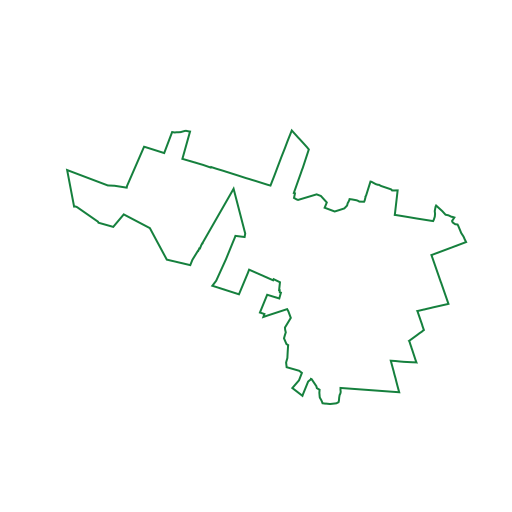 outline of Mocochá, Yucatán, Mexico, rotated 282°
{"feature_id": "50627088B81150073591621", "entity_name": "Mocochá", "entity_type": "district", "adm_level": 2, "iso_a3": "MEX", "parent_name": "Mexico", "parent_adm1": "Yucatán", "projection": "orthographic", "projection_center": [-89.453, 21.144], "detail": "fine", "context": "isolated", "style": "outline", "palette": "green", "viewbox_px": 512, "rotation_deg": 282, "n_neighbors": 0, "source": "geoboundaries", "source_scale": "gbopen_adm2", "svg_char_len": 4167}
<svg xmlns="http://www.w3.org/2000/svg" viewBox="0 0 512 512"><g transform="rotate(282 256 256)"><path d="M334.9,442.0L335.1,440.1L335.0,439.0L335.8,435.8L335.8,432.8L338.6,428.9L338.9,428.4L342.8,421.7L342.4,421.6L341.7,421.4L337.1,421.5L334.4,422.4L331.6,422.7L328.8,422.4L328.7,422.4L327.0,422.0L326.8,419.1L326.8,418.7L326.1,405.5L325.7,395.9L325.3,387.3L325.1,383.6L325.0,383.4L325.0,383.2L327.6,383.0L349.6,380.9L348.4,375.5L349.1,374.6L349.3,374.1L350.5,363.7L351.2,361.4L351.0,360.4L351.1,359.3L351.2,358.2L352.6,353.5L352.6,352.5L337.8,351.1L336.9,350.7L336.1,350.9L334.6,350.8L333.3,350.8L331.6,350.5L331.4,349.8L331.3,349.1L330.7,345.8L331.0,344.8L331.3,343.8L331.4,342.6L331.4,342.3L331.3,338.2L331.1,335.7L329.8,335.6L328.7,335.3L328.2,335.2L327.9,335.1L327.4,334.9L327.0,334.8L326.5,334.7L324.3,334.6L322.5,333.5L320.9,332.5L317.9,327.3L315.9,323.7L317.5,313.1L321.8,313.9L323.1,314.1L328.2,307.0L328.9,302.5L323.2,292.1L319.6,285.5L319.8,283.9L320.7,281.1L325.4,281.1L325.5,279.9L336.2,281.3L345.9,282.6L349.2,283.0L350.6,283.2L351.6,283.4L371.2,285.5L373.0,283.3L375.9,279.3L379.9,273.7L380.4,272.9L386.2,264.9L376.9,263.3L374.5,262.9L367.2,261.8L358.4,260.3L351.2,259.2L346.7,258.5L342.6,257.9L337.4,257.1L335.0,256.7L332.7,256.3L330.2,255.9L327.9,255.5L328.1,252.4L329.1,242.1L329.3,240.2L329.6,236.3L329.9,233.3L330.1,230.2L330.7,224.5L331.0,221.7L331.5,216.5L332.0,211.6L332.2,209.4L332.5,206.6L332.7,204.2L332.9,201.6L333.1,199.1L333.5,195.4L333.6,194.3L333.7,193.6L333.1,193.4L333.3,191.6L334.1,185.3L334.3,182.5L334.5,180.0L334.6,178.8L335.7,163.8L364.0,165.6L363.9,164.1L363.9,161.5L363.5,160.3L361.5,156.5L361.0,154.7L360.5,152.5L359.9,150.8L359.8,148.2L337.6,144.8L338.7,133.7L339.5,125.4L339.6,123.8L297.8,115.3L296.0,115.3L296.0,114.5L295.9,114.4L295.9,114.0L295.3,103.0L294.2,96.4L300.8,53.4L266.5,67.8L266.9,69.2L266.6,70.8L256.7,94.3L255.8,95.0L254.8,110.3L269.2,118.0L269.1,118.3L261.2,146.4L248.3,157.3L248.2,157.4L233.9,169.5L233.4,193.6L239.1,194.6L248.9,198.1L248.9,198.4L251.7,199.0L251.7,199.6L255.1,200.2L257.0,200.7L257.0,201.0L257.5,201.2L257.9,201.1L317.1,220.1L275.7,240.8L272.2,240.9L271.4,231.7L268.7,231.3L265.6,230.7L246.6,227.3L244.8,226.9L223.5,222.2L217.8,219.5L215.0,247.3L237.9,251.6L241.2,252.1L235.8,277.8L237.0,278.1L235.3,284.9L227.4,285.7L227.4,286.3L226.8,286.3L225.5,286.8L225.3,288.0L219.3,287.6L220.4,275.0L204.9,272.2L201.5,271.6L201.0,276.3L197.9,275.9L200.3,279.9L210.5,297.5L208.7,299.1L202.7,302.9L197.5,301.1L192.9,299.5L192.1,299.2L190.0,299.8L187.5,301.0L184.5,300.7L181.3,300.5L176.2,304.1L175.5,306.0L174.4,306.1L167.7,307.1L162.7,307.9L159.9,307.7L158.0,307.6L153.6,309.1L153.1,316.6L152.7,322.1L151.2,325.2L143.3,323.9L134.4,319.0L128.9,330.5L131.1,330.8L136.1,331.7L144.0,333.1L145.3,334.1L146.7,335.3L147.2,335.3L147.1,336.0L141.2,342.1L139.4,343.0L138.4,346.0L135.4,346.4L131.1,347.7L130.5,348.1L128.7,349.7L127.4,350.7L125.8,351.7L126.0,354.5L126.2,355.3L126.6,359.2L126.9,360.1L127.7,362.5L128.6,365.2L130.1,367.1L131.7,367.2L134.8,366.8L137.4,366.7L139.0,367.1L140.7,367.1L142.5,366.5L144.5,366.1L152.5,424.4L154.4,423.4L158.3,421.4L160.5,420.3L162.7,419.2L165.0,418.1L167.1,417.0L168.8,416.1L170.4,415.3L172.1,414.5L173.2,413.9L181.6,409.6L182.3,414.5L182.7,418.5L183.2,422.5L184.5,430.6L185.2,434.6L185.3,434.7L185.3,435.0L187.9,433.4L197.2,428.0L198.8,427.0L199.5,426.7L199.9,426.4L200.4,426.1L200.9,425.8L201.6,425.4L202.2,425.0L202.7,424.8L203.0,424.6L203.5,424.3L204.0,424.0L204.6,423.7L204.8,423.4L211.8,429.7L214.7,432.2L216.2,433.7L216.7,434.1L217.0,434.4L217.4,434.6L218.5,435.6L220.3,434.5L221.3,433.9L222.1,433.4L222.9,433.0L223.8,432.5L226.9,430.6L228.6,429.6L229.1,429.3L233.9,426.4L235.5,425.5L235.7,425.3L237.2,428.5L238.3,430.8L238.5,431.2L238.6,431.6L239.8,434.0L241.6,437.9L242.4,439.5L244.1,443.2L245.2,445.6L247.0,449.5L248.5,452.8L249.2,454.2L260.6,447.3L268.4,442.6L269.1,442.1L279.2,436.0L280.2,435.4L285.5,432.2L293.1,427.6L293.4,427.4L299.1,436.4L313.3,458.6L316.6,456.0L316.9,455.9L318.3,454.8L320.5,452.6L321.2,451.9L323.0,450.7L327.5,447.6L328.7,446.6L328.5,444.2L329.7,441.4L331.0,440.5L334.9,442.0Z" fill="none" stroke="#15803d" stroke-width="2"/></g></svg>